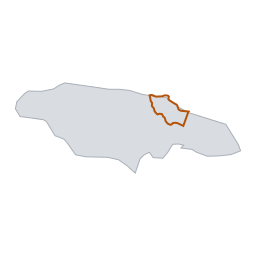 Saint Mary on a map of Jamaica (Albers equal-area conic projection)
{"feature_id": "JAM-1381", "entity_name": "Saint Mary", "entity_type": "Parish", "adm_level": 1, "iso_a3": "JAM", "parent_name": "Jamaica", "parent_adm1": "", "projection": "albers", "projection_center": [-76.93, 18.277], "detail": "fine", "context": "in_parent", "style": "outline", "palette": "amber", "viewbox_px": 256, "rotation_deg": 0, "n_neighbors": 0, "source": "natural_earth", "source_scale": "10m", "svg_char_len": 1583}
<svg xmlns="http://www.w3.org/2000/svg" viewBox="0 0 256 256"><path d="M129.4,90.4L142.3,94.4L155.6,96.5L161.3,96.6L166.7,97.9L178.9,107.4L188.7,112.7L225.8,124.3L238.3,144.5L240.6,150.8L231.0,154.6L219.0,155.9L207.4,156.2L196.7,152.3L192.0,149.4L180.9,148.0L183.7,145.2L178.7,144.0L172.6,144.3L168.0,152.0L162.9,158.2L153.2,157.6L149.4,152.3L144.3,154.7L140.2,158.6L135.2,173.1L127.3,165.9L118.7,159.8L107.8,157.3L85.9,156.8L75.6,154.8L67.0,142.5L63.7,139.0L55.0,135.7L46.5,121.6L43.4,119.7L20.1,116.5L15.4,108.8L16.8,101.8L24.7,93.4L28.5,91.0L41.4,91.4L53.7,88.9L59.1,85.3L64.8,82.9L109.3,89.3L119.6,89.3L129.4,90.4Z" fill="#d9dde1" stroke="#a8b0b8" stroke-width="1"/><path d="M149.6,95.3L151.5,95.0L152.8,95.3L155.0,96.3L156.2,96.6L162.5,96.3L163.7,95.6L165.4,95.4L166.8,95.5L168.1,95.8L168.9,96.7L168.5,97.9L168.5,99.4L169.7,100.5L173.5,102.9L176.8,104.8L177.4,105.9L178.3,108.8L179.0,109.8L180.0,110.4L181.9,110.9L187.4,111.4L188.6,111.6L188.3,112.0L183.3,125.9L177.4,123.1L175.7,122.8L175.1,122.9L173.7,122.9L173.1,123.0L172.7,123.2L172.5,123.5L172.4,123.7L172.1,124.0L171.9,124.2L170.5,124.8L168.0,123.8L166.9,122.7L165.6,121.0L165.4,120.5L165.3,119.6L165.0,118.7L164.6,117.8L164.2,117.3L163.3,116.7L163.0,116.2L162.3,114.7L162.0,114.3L161.7,114.0L159.6,113.8L159.3,113.8L159.0,113.9L157.4,114.4L155.4,112.3L154.7,111.4L154.5,111.1L154.4,110.5L154.2,109.6L153.9,108.5L153.4,107.8L152.1,106.3L151.9,105.8L151.9,105.5L152.1,103.0L151.9,102.6L151.6,102.2L151.1,101.7L150.9,101.3L150.6,100.5L150.6,99.9L149.7,95.8L149.6,95.3Z" fill="none" stroke="#b45309" stroke-width="2"/></svg>